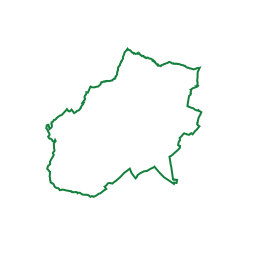 Iordacheanu, Prahova, Romania, rotated 122°
{"feature_id": "2599482B35021706171000", "entity_name": "Iordacheanu", "entity_type": "district", "adm_level": 2, "iso_a3": "ROU", "parent_name": "Romania", "parent_adm1": "Prahova", "projection": "natural_earth1", "projection_center": [26.207, 45.054], "detail": "fine", "context": "isolated", "style": "outline", "palette": "green", "viewbox_px": 256, "rotation_deg": 122, "n_neighbors": 0, "source": "geoboundaries", "source_scale": "gbopen_adm2", "svg_char_len": 5773}
<svg xmlns="http://www.w3.org/2000/svg" viewBox="0 0 256 256"><g transform="rotate(122 128 128)"><path d="M216.7,159.1L216.7,156.6L216.0,155.1L216.0,154.8L216.1,154.5L216.9,153.0L216.2,152.1L214.9,150.9L214.1,148.8L213.8,147.4L212.9,145.7L212.8,144.9L212.7,144.5L211.7,142.9L211.7,142.4L212.1,141.9L211.6,141.2L211.7,140.6L211.1,140.0L210.4,138.8L209.7,138.1L209.6,137.6L209.7,136.9L210.1,136.3L209.4,136.0L209.0,135.5L208.4,134.3L208.4,133.6L208.6,132.7L208.6,131.3L208.2,130.9L208.1,130.4L207.7,129.6L207.2,128.9L207.0,128.2L206.5,127.7L206.3,127.0L205.9,126.3L206.3,123.4L205.9,123.1L205.2,122.9L204.6,121.6L204.7,121.2L204.4,121.2L203.9,120.2L202.2,119.2L199.0,117.8L198.0,116.8L193.9,115.4L191.2,114.1L190.2,116.7L189.6,116.4L188.1,116.0L185.7,115.7L184.9,115.2L184.2,114.2L184.1,113.5L183.5,112.4L183.4,111.8L181.4,111.2L179.1,110.2L178.9,110.0L178.6,110.0L176.7,109.5L176.2,109.2L172.9,108.4L168.3,107.5L161.5,104.9L164.0,101.6L164.5,100.7L166.5,95.5L166.7,94.8L164.2,94.6L163.1,95.0L161.5,94.3L160.1,93.8L156.2,91.5L154.3,89.0L153.9,88.9L150.9,87.4L148.3,85.7L146.8,85.1L146.9,84.9L149.1,77.9L150.3,73.2L150.7,71.2L150.9,63.7L151.1,59.5L149.9,60.0L148.9,57.7L146.0,58.9L147.2,60.9L146.9,60.9L147.7,62.6L138.3,70.5L136.5,72.3L130.4,77.6L128.1,76.4L126.1,75.7L123.9,75.2L121.5,74.4L117.3,73.5L115.7,74.3L115.6,74.7L116.1,75.4L115.9,76.5L115.7,76.6L112.5,77.7L111.5,77.4L110.9,77.5L109.5,78.4L109.2,78.9L106.4,78.2L104.4,78.0L102.8,77.6L102.6,76.6L102.2,75.4L102.0,74.0L101.6,73.0L101.2,72.4L100.9,72.2L100.0,72.2L99.8,71.9L98.9,71.6L99.1,69.9L94.5,69.4L93.7,69.0L88.7,68.3L88.5,70.0L88.6,70.3L88.4,70.8L88.2,71.0L88.1,71.4L87.7,71.4L87.1,72.0L86.9,72.0L86.8,71.7L86.7,71.7L84.5,72.7L81.8,73.6L78.2,73.8L75.7,74.2L75.7,75.9L76.0,76.6L75.7,76.9L75.9,77.5L75.6,78.0L76.2,78.2L76.5,78.5L76.7,79.2L77.0,81.2L76.7,82.1L76.7,83.2L77.2,84.7L77.6,86.9L77.8,87.5L77.7,88.3L77.9,88.4L78.0,88.7L77.9,89.3L68.5,93.2L66.5,92.6L65.4,92.9L65.0,93.7L62.9,94.2L62.3,94.9L62.3,95.1L59.9,94.1L58.7,93.1L58.1,92.8L57.2,91.8L56.1,91.4L55.8,91.0L55.5,91.0L55.6,91.7L55.1,91.2L54.9,91.2L54.9,91.4L55.0,91.7L54.8,92.1L54.0,92.4L53.4,92.6L52.7,93.0L52.3,93.1L51.5,94.3L50.5,94.7L49.1,95.5L48.0,95.9L46.1,97.2L45.0,97.6L44.8,97.9L43.7,98.5L39.1,99.1L39.5,99.4L40.6,101.2L41.7,101.8L42.9,102.8L43.6,103.6L44.3,106.5L44.8,107.4L44.9,108.8L45.4,109.6L45.4,111.2L45.2,112.0L45.3,112.5L45.2,112.8L45.5,113.1L45.4,113.5L45.6,114.7L46.4,116.5L46.4,117.5L46.8,118.5L46.8,119.1L47.6,119.9L47.6,120.7L47.9,120.9L48.0,121.5L48.5,121.7L48.7,122.5L49.3,123.2L49.2,124.0L49.6,124.2L49.9,125.4L49.7,126.3L49.9,126.9L49.8,127.4L49.8,127.6L50.6,128.5L51.3,128.6L51.5,128.8L52.2,129.1L53.1,130.1L54.2,130.7L54.5,131.1L55.3,131.7L55.9,131.9L56.6,132.6L57.3,133.0L58.2,133.0L58.3,133.1L58.3,134.0L58.8,134.9L58.6,135.5L58.8,135.7L59.2,135.6L59.3,135.8L59.2,136.3L58.3,136.6L58.5,137.3L58.4,137.8L58.5,137.9L58.6,138.4L58.0,139.7L57.7,140.1L58.0,140.4L57.4,141.1L57.8,141.7L57.4,142.1L57.9,142.5L58.0,142.7L57.0,143.4L57.3,143.8L57.1,145.2L57.3,145.8L57.6,146.2L57.8,146.8L57.9,147.4L57.8,147.9L57.8,148.6L58.6,149.4L59.0,149.4L59.2,149.6L58.8,150.5L58.9,150.9L59.2,151.1L59.3,151.3L59.1,151.9L59.1,152.2L58.7,153.0L59.1,153.9L59.7,154.1L59.7,154.3L59.6,154.6L59.5,155.7L59.2,156.1L59.4,156.9L58.7,158.0L58.9,158.2L59.7,158.8L59.1,159.4L59.9,159.7L61.2,160.8L61.2,161.2L61.2,162.8L61.9,162.9L61.7,163.5L61.7,165.1L61.4,165.9L61.1,166.3L61.0,167.7L61.3,168.1L61.4,168.8L61.3,169.6L61.0,170.4L61.6,170.4L61.8,170.3L62.0,169.9L62.6,170.1L62.8,170.5L65.5,170.9L66.2,170.9L67.6,170.3L70.1,170.0L70.8,169.7L71.7,169.0L73.1,169.0L74.4,168.7L74.9,169.1L75.4,169.1L76.2,168.7L78.1,168.6L79.0,168.1L79.8,168.4L80.4,168.3L80.9,168.5L81.3,168.3L81.6,168.4L82.3,168.4L84.5,167.0L85.5,167.0L86.0,166.8L86.5,166.8L86.7,166.7L87.0,166.3L87.5,166.2L88.0,165.9L88.8,165.6L90.4,165.5L90.7,165.8L91.0,165.9L92.1,165.2L92.4,165.3L93.0,165.7L93.5,165.4L93.8,165.9L94.9,166.5L95.2,166.6L95.5,166.4L96.1,166.6L97.1,167.8L97.9,168.4L98.2,168.9L98.5,169.3L99.1,170.7L99.5,171.1L100.2,171.4L100.2,172.0L101.1,172.4L101.1,172.8L101.2,173.0L101.9,173.6L102.3,173.7L102.9,174.1L103.2,174.8L103.6,174.9L104.6,174.6L105.8,174.5L108.7,175.3L109.7,176.6L110.7,177.4L111.8,178.7L112.6,180.2L112.6,181.2L112.7,181.7L119.2,180.8L119.7,182.2L120.8,181.7L121.8,181.4L123.5,181.6L124.6,181.4L125.6,180.6L125.8,179.9L126.3,179.7L127.0,179.6L128.2,179.9L130.7,179.9L130.4,179.5L131.6,179.4L131.7,179.2L131.4,179.0L131.8,179.0L131.8,178.8L134.0,179.0L135.9,178.9L136.0,178.7L136.5,178.9L137.5,178.7L138.9,179.0L140.9,180.5L142.1,180.6L143.9,181.6L142.3,185.6L144.5,186.1L145.0,186.5L145.2,187.4L145.1,188.0L144.4,189.7L144.9,189.7L152.1,191.1L153.4,192.2L156.2,193.4L157.3,193.8L158.6,193.8L159.6,194.2L159.9,194.4L160.1,194.8L160.7,195.2L161.6,195.0L162.6,195.1L163.7,195.8L164.6,195.3L165.1,195.3L165.4,194.6L166.4,193.7L167.3,193.3L168.2,193.2L170.4,194.0L167.4,197.2L167.6,197.5L168.9,198.3L169.4,197.9L171.5,197.2L172.3,195.0L173.5,193.6L174.2,192.0L175.0,191.2L175.3,191.0L176.4,190.8L177.5,191.2L178.2,190.3L178.6,189.0L178.6,188.7L178.0,188.0L178.1,186.6L178.3,186.1L179.1,185.0L179.1,184.4L179.0,184.1L178.2,183.6L178.0,183.1L176.8,183.4L177.4,182.4L177.5,182.4L178.1,182.7L178.9,182.6L180.3,182.6L181.0,182.4L182.8,181.0L184.2,180.1L185.7,178.6L186.7,178.2L187.9,178.5L189.1,178.5L189.4,178.1L189.9,177.0L190.6,176.6L192.3,176.5L193.4,176.6L197.9,176.3L198.4,176.1L199.3,175.2L199.8,174.9L201.5,175.3L202.4,175.7L204.9,175.1L205.6,174.6L205.6,173.7L206.3,172.4L206.4,170.9L206.9,170.6L207.5,170.5L208.4,169.8L210.5,168.9L211.1,168.2L212.1,167.3L213.1,166.8L214.1,165.6L215.1,164.9L215.2,164.6L215.0,164.1L214.9,163.7L215.2,163.1L214.9,162.3L214.9,162.0L215.9,159.9L216.5,159.5L216.7,159.1Z" fill="none" stroke="#15803d" stroke-width="2"/></g></svg>